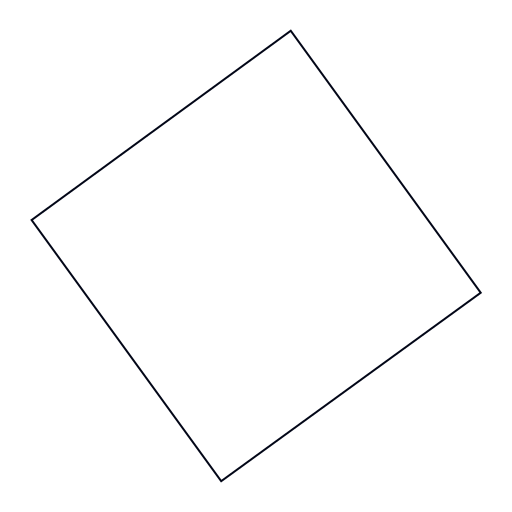 Wheeler, Texas, United States of America, rotated 234°
{"feature_id": "52423323B41320659077500", "entity_name": "Wheeler", "entity_type": "district", "adm_level": 2, "iso_a3": "USA", "parent_name": "United States of America", "parent_adm1": "Texas", "projection": "orthographic", "projection_center": [-100.27, 35.401], "detail": "fine", "context": "isolated", "style": "outline", "palette": "ink", "viewbox_px": 512, "rotation_deg": 234, "n_neighbors": 0, "source": "geoboundaries", "source_scale": "gbopen_adm2", "svg_char_len": 232}
<svg xmlns="http://www.w3.org/2000/svg" viewBox="0 0 512 512"><g transform="rotate(234 256 256)"><path d="M94.3,95.5L94.2,416.2L417.8,416.5L417.4,240.3L417.0,95.6L94.3,95.5Z" fill="none" stroke="#020617" stroke-width="2"/></g></svg>